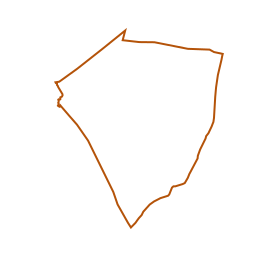 YobokiI, Dikhil, Djibouti, rotated 194°
{"feature_id": "41766387B74076707162819", "entity_name": "YobokiI", "entity_type": "district", "adm_level": 2, "iso_a3": "DJI", "parent_name": "Djibouti", "parent_adm1": "Dikhil", "projection": "equal_earth", "projection_center": [42.146, 11.584], "detail": "fine", "context": "isolated", "style": "outline", "palette": "amber", "viewbox_px": 256, "rotation_deg": 194, "n_neighbors": 0, "source": "geoboundaries", "source_scale": "gbopen_adm2", "svg_char_len": 1095}
<svg xmlns="http://www.w3.org/2000/svg" viewBox="0 0 256 256"><g transform="rotate(194 128 128)"><path d="M101.1,32.2L97.8,37.8L96.6,40.9L95.6,43.3L93.7,46.8L92.9,50.5L88.4,59.0L84.9,63.1L80.3,67.1L79.7,67.7L72.7,72.0L71.9,73.5L70.9,80.8L69.8,82.4L67.9,82.9L61.6,86.7L61.3,86.9L59.6,88.3L57.9,94.1L57.3,98.5L57.1,99.1L53.1,115.3L53.5,117.9L53.4,119.0L52.8,124.6L50.2,136.6L50.2,139.0L48.7,142.4L47.2,149.8L46.9,152.4L46.6,154.5L47.0,158.6L50.9,179.3L52.0,186.3L52.4,189.0L53.6,201.1L53.8,216.9L54.0,220.4L54.0,221.0L54.0,222.8L63.0,222.5L67.8,223.8L89.1,219.3L123.1,217.6L137.8,214.1L154.4,211.9L154.3,221.9L172.0,198.5L191.7,173.1L205.9,156.3L209.4,154.8L208.8,154.1L207.6,153.8L207.1,152.3L206.2,151.8L205.7,150.9L199.8,145.0L199.4,143.8L199.7,142.5L201.1,141.3L200.6,139.7L201.0,139.1L202.3,139.0L202.5,138.5L202.0,138.1L201.6,136.5L201.8,135.5L201.5,135.3L201.0,134.6L201.4,132.7L200.8,132.4L200.0,133.0L199.5,132.1L199.1,132.3L198.9,133.4L198.4,133.0L187.5,125.3L178.3,118.9L163.7,106.1L126.8,62.4L119.6,51.3L105.1,36.0L101.1,32.2Z" fill="none" stroke="#b45309" stroke-width="2"/></g></svg>